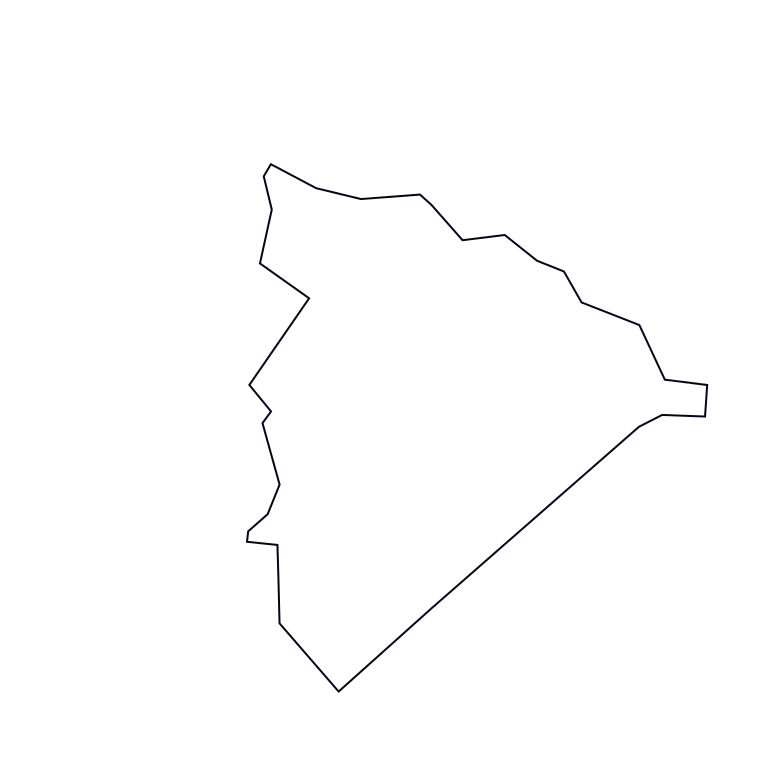 outline of Butts, Georgia, United States of America, rotated 318°
{"feature_id": "52423323B49879158216450", "entity_name": "Butts", "entity_type": "district", "adm_level": 2, "iso_a3": "USA", "parent_name": "United States of America", "parent_adm1": "Georgia", "projection": "mercator", "projection_center": [-83.954, 33.312], "detail": "fine", "context": "isolated", "style": "outline", "palette": "ink", "viewbox_px": 768, "rotation_deg": 318, "n_neighbors": 0, "source": "geoboundaries", "source_scale": "gbopen_adm2", "svg_char_len": 562}
<svg xmlns="http://www.w3.org/2000/svg" viewBox="0 0 768 768"><g transform="rotate(318 384 384)"><path d="M144.5,582.2L269.0,582.5L544.9,586.4L570.0,593.1L600.8,623.0L623.5,601.0L595.6,568.7L613.2,511.1L585.4,455.6L593.0,420.8L580.2,394.8L573.4,354.0L538.6,329.7L539.1,282.6L537.5,267.3L490.6,231.1L464.6,193.1L447.0,145.0L433.6,149.2L417.3,179.3L372.5,211.4L385.7,270.2L283.3,294.6L281.7,328.8L267.5,331.8L239.1,388.9L210.4,402.9L184.5,402.6L176.6,409.6L197.1,432.3L176.6,456.5L146.2,492.0L144.5,582.2Z" fill="none" stroke="#020617" stroke-width="2"/></g></svg>